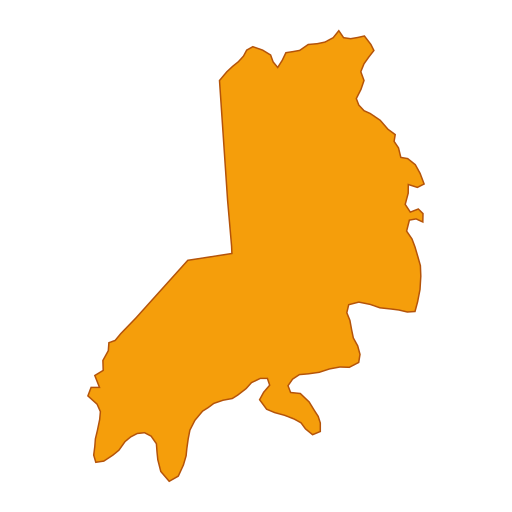 outline of Ipira, Santa Catarina, Brazil
{"feature_id": "56859067B94705413324675", "entity_name": "Ipira", "entity_type": "district", "adm_level": 2, "iso_a3": "BRA", "parent_name": "Brazil", "parent_adm1": "Santa Catarina", "projection": "mercator", "projection_center": [-51.796, -27.371], "detail": "fine", "context": "isolated", "style": "filled", "palette": "amber", "viewbox_px": 512, "rotation_deg": 0, "n_neighbors": 0, "source": "geoboundaries", "source_scale": "gbopen_adm2", "svg_char_len": 1985}
<svg xmlns="http://www.w3.org/2000/svg" viewBox="0 0 512 512"><path d="M118.9,450.2L125.1,441.5L130.7,436.9L137.2,433.5L144.5,432.7L151.1,436.1L156.4,443.7L157.0,451.8L157.8,459.7L160.8,471.5L169.2,481.3L178.3,476.1L183.4,465.0L186.1,455.8L186.8,448.7L188.2,438.8L189.9,430.1L194.9,420.3L202.6,411.1L208.0,407.7L213.8,403.4L223.1,400.2L232.3,398.5L237.7,395.1L246.1,388.6L251.5,382.6L260.3,378.4L267.4,378.4L269.7,385.2L263.7,392.2L259.6,399.7L266.6,409.2L274.7,412.6L284.6,415.3L294.3,419.1L301.0,422.8L305.5,428.9L312.6,434.7L320.3,431.5L320.3,423.0L318.2,416.4L314.5,410.7L309.1,401.9L300.3,393.5L290.6,392.5L288.0,385.7L292.6,379.1L299.4,374.6L308.5,373.8L319.2,372.3L329.6,368.9L339.9,367.0L349.3,367.3L358.7,362.4L360.0,354.4L357.7,345.9L353.3,337.9L351.6,329.7L349.9,320.4L346.8,312.7L348.7,304.7L358.8,302.1L370.2,304.4L379.9,307.8L391.1,309.0L398.9,310.0L407.3,312.0L415.0,311.5L417.6,301.8L420.0,289.5L420.8,276.2L420.4,265.7L417.8,256.5L415.0,247.0L412.0,239.0L406.6,231.1L409.4,220.1L416.1,218.9L422.8,222.0L423.0,213.6L418.3,209.0L410.3,212.1L405.2,204.4L408.2,193.2L408.3,184.5L417.4,187.4L424.1,184.0L420.1,173.4L415.3,164.7L407.7,158.6L400.8,157.4L398.5,147.9L394.1,141.4L395.2,134.6L388.0,129.3L380.2,120.3L370.2,113.5L364.0,110.7L358.8,105.1L356.3,98.6L361.0,89.3L364.0,80.5L360.8,71.7L364.0,63.8L368.9,56.9L373.9,50.5L370.9,44.5L364.4,36.0L357.7,37.5L350.6,38.7L343.6,37.7L338.8,30.7L333.2,37.7L324.9,42.1L317.3,43.7L308.2,44.5L299.7,50.4L293.0,51.6L285.9,52.7L282.2,60.4L277.7,67.5L273.1,61.9L270.6,55.0L262.6,50.1L252.8,46.7L246.7,50.1L243.5,56.1L238.3,61.8L232.7,66.3L226.9,71.7L219.5,80.5L227.6,200.4L231.6,246.3L231.9,253.5L195.1,259.2L187.8,260.3L135.9,318.0L120.8,333.6L115.2,340.4L108.9,342.7L108.3,350.7L102.9,360.5L103.2,370.4L94.8,375.5L99.5,387.4L91.1,387.4L87.9,395.9L97.1,404.2L100.4,411.6L99.7,419.4L97.4,430.5L95.4,438.8L94.8,446.5L93.7,455.1L95.8,462.3L103.8,461.1L112.9,455.1L118.9,450.2Z" fill="#f59e0b" stroke="#b45309" stroke-width="1.5"/></svg>